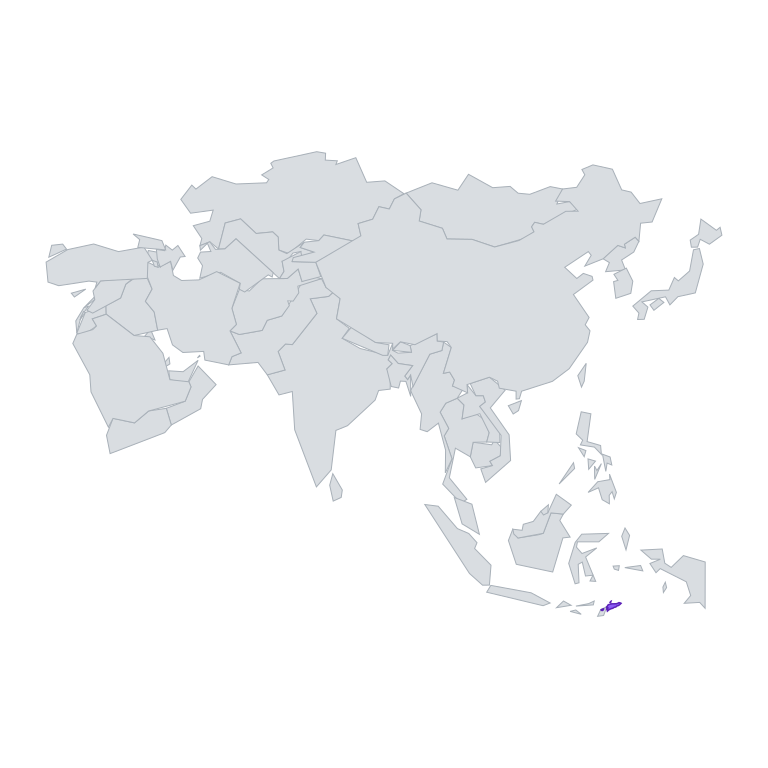 East Timor on a map of Asia (Natural Earth projection)
{"feature_id": "TLS", "entity_name": "East Timor", "entity_type": "country or territory", "adm_level": 0, "iso_a3": "TLS", "parent_name": "Asia", "parent_adm1": "", "projection": "natural_earth1", "projection_center": [125.525, -8.826], "detail": "fine", "context": "in_parent", "style": "filled", "palette": "violet", "viewbox_px": 768, "rotation_deg": 0, "n_neighbors": 45, "source": "natural_earth", "source_scale": "50m", "svg_char_len": 13795}
<svg xmlns="http://www.w3.org/2000/svg" viewBox="0 0 768 768"><path d="M403.9,193.7L394.4,198.9L389.3,209.0L378.9,206.7L372.7,219.2L358.1,223.6L360.9,235.8L356.5,241.7L323.9,235.0L318.8,240.6L306.2,239.1L288.9,253.5L278.8,250.0L278.2,237.1L272.7,231.9L256.2,233.5L240.6,218.9L225.2,223.0L218.5,249.0L209.8,241.8L199.9,245.7L201.8,238.5L193.3,225.7L209.8,221.2L213.2,210.1L190.6,213.2L180.8,199.4L191.8,185.1L195.9,189.1L212.1,176.7L236.0,184.0L266.5,182.8L268.8,179.5L261.7,174.9L273.1,167.9L270.8,163.3L273.9,161.0L316.7,151.7L325.6,153.2L325.3,160.1L337.3,160.8L335.9,164.5L355.8,157.7L366.7,182.3L384.9,180.9L403.9,193.7Z" fill="#d9dde1" stroke="#a8b0b8" stroke-width="1"/><path d="M218.5,249.0L225.2,223.0L240.6,218.9L256.2,233.5L272.7,231.9L278.2,237.1L278.8,250.0L286.8,253.6L304.3,242.2L300.2,247.5L314.1,252.1L305.9,257.3L299.4,256.7L300.8,251.5L292.9,253.1L286.7,261.6L282.1,261.3L284.0,271.4L279.5,278.6L236.0,238.8L224.9,248.9L218.5,249.0Z" fill="#d9dde1" stroke="#a8b0b8" stroke-width="1"/><path d="M705.2,562.0L705.1,608.3L699.7,602.4L684.2,603.3L690.7,595.5L686.3,581.8L660.2,568.6L656.0,572.7L649.9,563.5L660.4,559.2L651.4,559.2L640.9,550.1L662.2,549.0L664.8,563.2L671.2,567.4L683.4,555.6L705.2,562.0ZM606.8,606.7L603.6,615.5L597.6,616.3L600.8,609.5L606.8,606.7ZM663.4,592.5L662.9,587.1L665.3,582.2L666.6,587.6L663.4,592.5ZM563.3,514.1L559.8,520.5L570.1,537.1L562.9,537.9L552.7,572.0L516.3,564.3L508.4,540.5L512.8,529.2L518.0,538.0L538.3,534.8L543.3,533.3L551.0,512.9L563.3,514.1ZM624.8,567.6L640.6,565.5L642.8,570.9L624.8,567.6ZM618.5,570.4L614.3,569.1L613.1,566.1L619.3,565.7L618.5,570.4ZM625.0,528.0L629.6,535.4L626.0,549.9L621.7,536.3L625.0,528.0ZM581.7,534.2L608.5,533.4L598.9,541.8L577.4,541.8L576.5,547.2L582.0,553.5L596.8,547.9L585.6,557.0L595.7,581.4L590.0,581.0L593.0,575.2L585.5,576.0L582.3,562.1L578.2,564.3L579.0,582.8L575.1,583.8L568.7,563.4L575.2,542.4L581.7,534.2ZM581.2,614.3L570.1,611.4L575.8,610.0L581.2,614.3ZM575.9,606.1L588.7,603.6L594.2,601.0L593.3,604.9L575.9,606.1ZM563.5,601.0L571.1,605.3L556.5,607.7L563.5,601.0ZM490.8,585.4L531.1,592.8L550.1,603.0L543.1,605.7L486.7,592.2L490.8,585.4ZM474.6,548.5L491.0,565.2L489.4,585.1L482.6,585.2L469.5,573.5L424.8,504.5L438.2,506.2L457.4,528.6L468.8,533.5L477.0,542.7L474.6,548.5Z" fill="#d9dde1" stroke="#a8b0b8" stroke-width="1"/><path d="M88.5,306.2L81.1,316.3L76.8,333.2L75.8,320.9L83.9,307.6L88.5,306.2Z" fill="#d9dde1" stroke="#a8b0b8" stroke-width="1"/><path d="M94.8,299.6L84.1,307.5L94.6,296.8L94.8,299.6Z" fill="#d9dde1" stroke="#a8b0b8" stroke-width="1"/><path d="M85.3,312.5L79.9,320.0L83.5,311.5L85.3,312.5Z" fill="#d9dde1" stroke="#a8b0b8" stroke-width="1"/><path d="M85.3,312.5L106.0,305.5L106.2,314.2L92.3,318.9L96.5,326.0L83.1,335.4L76.8,333.2L85.3,312.5Z" fill="#d9dde1" stroke="#a8b0b8" stroke-width="1"/><path d="M168.7,370.8L183.1,371.7L198.1,360.3L187.5,383.3L169.9,379.7L168.7,370.8Z" fill="#d9dde1" stroke="#a8b0b8" stroke-width="1"/><path d="M164.6,367.2L165.0,362.0L169.0,357.4L169.9,363.9L164.6,367.2Z" fill="#d9dde1" stroke="#a8b0b8" stroke-width="1"/><path d="M150.5,329.2L155.0,340.0L144.8,336.1L150.5,329.2Z" fill="#d9dde1" stroke="#a8b0b8" stroke-width="1"/><path d="M106.2,314.2L106.0,305.5L120.6,298.0L125.8,284.2L136.3,276.9L147.3,278.4L152.1,289.1L145.4,301.3L154.2,312.0L157.7,330.2L134.0,335.5L106.2,314.2Z" fill="#d9dde1" stroke="#a8b0b8" stroke-width="1"/><path d="M188.9,381.8L198.1,366.0L216.1,384.6L202.5,399.4L200.7,408.7L171.3,425.0L166.3,408.3L185.2,401.2L191.0,386.9L188.9,381.8ZM200.1,356.1L197.4,357.9L199.5,355.4L200.1,356.1Z" fill="#d9dde1" stroke="#a8b0b8" stroke-width="1"/><path d="M470.3,456.8L473.1,442.3L491.7,444.8L494.5,439.9L501.2,447.2L500.3,455.8L489.9,461.3L492.5,465.6L475.7,467.9L470.3,456.8Z" fill="#d9dde1" stroke="#a8b0b8" stroke-width="1"/><path d="M486.7,442.0L473.1,442.3L470.3,456.8L455.4,448.2L449.3,477.8L466.9,499.3L460.8,503.0L442.7,484.1L452.0,458.9L444.2,435.9L448.7,428.4L440.1,412.2L445.8,403.2L457.2,398.2L464.0,405.0L462.1,418.9L475.3,413.2L484.2,419.5L489.2,432.7L486.7,442.0Z" fill="#d9dde1" stroke="#a8b0b8" stroke-width="1"/><path d="M499.9,442.5L486.7,442.0L489.2,432.7L479.8,413.7L462.1,418.9L464.0,405.0L457.2,398.2L467.6,392.8L467.0,384.6L475.9,395.7L483.3,395.7L485.4,402.0L479.7,406.4L499.7,430.3L499.9,442.5Z" fill="#d9dde1" stroke="#a8b0b8" stroke-width="1"/><path d="M457.2,398.2L445.8,403.2L440.1,412.2L448.7,428.4L444.2,435.9L452.0,458.9L445.3,472.9L445.6,450.2L438.4,423.1L427.2,431.7L420.1,429.4L421.6,413.9L410.6,390.6L429.8,354.2L441.9,350.5L443.6,342.1L451.3,347.5L443.4,373.3L449.7,372.1L454.5,380.1L452.5,386.0L463.9,387.9L457.2,398.2Z" fill="#d9dde1" stroke="#a8b0b8" stroke-width="1"/><path d="M480.8,468.9L492.5,465.6L489.9,461.3L500.3,455.8L501.1,435.4L479.7,406.4L485.4,402.0L483.3,395.7L475.9,395.7L470.2,383.5L489.4,377.2L505.2,390.1L490.3,407.9L509.1,434.8L510.6,460.5L485.6,482.4L480.8,468.9Z" fill="#d9dde1" stroke="#a8b0b8" stroke-width="1"/><path d="M638.9,241.3L633.8,252.0L621.6,260.0L625.5,269.9L605.6,271.7L609.4,262.6L603.1,258.8L607.7,254.2L617.8,245.4L625.3,247.9L624.4,244.2L635.2,237.2L638.9,241.3Z" fill="#d9dde1" stroke="#a8b0b8" stroke-width="1"/><path d="M613.9,274.3L626.3,268.1L632.8,281.2L630.8,293.3L615.8,298.3L613.6,281.6L617.9,280.4L613.9,274.3Z" fill="#d9dde1" stroke="#a8b0b8" stroke-width="1"/><path d="M406.1,193.1L432.0,182.8L457.9,190.2L468.5,174.3L492.7,187.7L510.1,186.4L518.1,193.2L529.8,194.3L550.2,186.6L562.6,189.0L556.9,204.0L569.6,201.6L578.7,208.7L543.4,224.3L534.7,222.3L531.6,226.8L534.0,231.8L525.7,238.0L494.6,247.0L472.1,239.4L447.0,239.0L442.4,228.3L419.2,221.0L421.0,209.8L406.1,193.1Z" fill="#d9dde1" stroke="#a8b0b8" stroke-width="1"/><path d="M443.6,342.1L441.9,350.5L429.8,354.2L413.1,386.6L410.6,375.2L407.7,379.8L404.7,376.1L412.6,365.6L398.2,363.5L390.7,355.1L388.2,359.9L392.2,363.7L386.8,369.0L390.3,370.9L390.2,389.1L378.6,390.5L375.1,400.1L347.5,425.7L335.9,430.4L331.2,469.9L316.4,486.9L294.7,429.8L292.3,391.5L279.0,394.9L267.3,374.8L285.0,370.0L278.1,351.5L285.5,344.0L292.3,344.6L316.9,313.4L310.2,298.8L328.6,296.4L335.1,290.4L340.1,298.7L336.5,318.8L349.3,328.3L342.2,338.3L360.1,348.5L387.7,355.3L392.7,343.3L392.7,350.4L397.9,353.1L411.5,352.3L410.1,345.6L437.1,333.6L437.3,341.0L443.6,342.1Z" fill="#d9dde1" stroke="#a8b0b8" stroke-width="1"/><path d="M410.6,375.2L410.7,396.4L405.9,381.4L400.4,381.1L398.6,388.0L391.2,386.5L386.8,369.0L392.2,363.7L388.2,359.9L390.7,355.1L398.2,363.5L412.6,365.6L404.7,376.1L407.7,379.8L410.6,375.2Z" fill="#d9dde1" stroke="#a8b0b8" stroke-width="1"/><path d="M410.1,345.6L411.5,352.3L392.7,350.4L400.4,341.8L410.1,345.6Z" fill="#d9dde1" stroke="#a8b0b8" stroke-width="1"/><path d="M389.0,344.8L387.7,355.3L382.8,355.4L342.2,338.3L351.9,326.6L375.6,342.5L389.0,344.8Z" fill="#d9dde1" stroke="#a8b0b8" stroke-width="1"/><path d="M335.1,290.4L328.6,296.4L310.2,298.8L316.9,313.4L292.3,344.6L285.5,344.0L278.1,351.5L285.0,370.0L267.3,374.8L258.0,362.4L228.7,364.9L232.0,356.6L241.1,352.9L230.0,330.9L239.3,334.5L262.2,330.4L267.2,320.3L281.8,316.0L301.7,283.1L321.5,278.7L326.0,287.5L335.1,290.4Z" fill="#d9dde1" stroke="#a8b0b8" stroke-width="1"/><path d="M261.7,278.8L287.3,278.5L298.2,269.0L302.0,281.5L311.0,276.1L321.5,278.7L297.8,286.2L298.8,292.8L293.2,301.1L287.7,300.9L289.3,305.6L281.8,316.0L267.2,320.3L262.2,330.4L239.3,334.5L230.0,330.9L236.4,324.4L231.9,308.3L239.4,289.3L249.3,291.0L261.7,278.8Z" fill="#d9dde1" stroke="#a8b0b8" stroke-width="1"/><path d="M279.5,278.6L284.0,271.4L282.1,261.3L300.8,251.5L301.8,256.6L292.0,261.6L315.8,262.3L320.8,276.6L302.0,281.5L298.2,269.0L287.3,278.5L279.5,278.6Z" fill="#d9dde1" stroke="#a8b0b8" stroke-width="1"/><path d="M304.3,242.2L318.8,240.6L323.9,235.0L356.5,241.7L315.8,262.3L292.0,261.6L293.3,257.6L314.1,252.1L300.2,247.5L304.3,242.2Z" fill="#d9dde1" stroke="#a8b0b8" stroke-width="1"/><path d="M199.9,245.7L209.8,241.8L215.5,249.4L224.9,248.9L236.0,238.8L273.2,272.7L272.2,277.0L268.2,274.9L244.7,292.0L239.4,289.3L240.1,283.3L220.7,272.3L199.8,278.2L202.5,265.7L197.7,258.0L200.5,252.1L210.9,251.5L207.4,243.3L200.4,250.2L199.9,245.7Z" fill="#d9dde1" stroke="#a8b0b8" stroke-width="1"/><path d="M157.7,330.2L154.2,312.0L145.4,301.3L152.1,289.1L145.7,272.7L147.9,262.3L158.1,267.2L170.6,261.3L173.4,275.5L181.6,280.5L198.9,279.9L216.7,271.6L240.1,283.3L231.9,308.3L236.4,324.4L230.0,330.9L241.1,352.9L232.0,356.6L228.7,364.9L204.9,360.1L203.7,351.4L182.9,352.5L172.5,344.9L167.1,328.6L157.7,330.2Z" fill="#d9dde1" stroke="#a8b0b8" stroke-width="1"/><path d="M86.9,310.3L94.8,299.6L93.0,291.0L100.6,280.9L133.5,278.0L125.8,284.2L120.6,298.0L92.7,313.1L86.9,310.3Z" fill="#d9dde1" stroke="#a8b0b8" stroke-width="1"/><path d="M160.2,267.0L147.0,256.5L148.3,250.5L158.9,252.5L160.2,267.0Z" fill="#d9dde1" stroke="#a8b0b8" stroke-width="1"/><path d="M147.3,278.4L100.6,280.9L95.2,288.0L96.9,282.1L88.9,281.1L58.7,285.7L48.0,282.1L46.1,262.1L67.7,249.6L93.7,244.0L118.5,251.6L143.9,247.1L152.3,260.3L147.9,262.3L147.3,278.4ZM51.7,245.3L62.7,244.1L66.5,249.1L48.8,257.2L51.7,245.3Z" fill="#d9dde1" stroke="#a8b0b8" stroke-width="1"/><path d="M342.3,490.0L341.2,497.4L333.2,501.1L329.7,485.2L332.8,473.7L342.3,490.0Z" fill="#d9dde1" stroke="#a8b0b8" stroke-width="1"/><path d="M513.2,414.0L508.3,405.7L521.4,400.6L518.5,410.6L513.2,414.0ZM315.8,262.3L360.9,235.8L358.1,223.6L372.7,219.2L378.9,206.7L389.3,209.0L394.4,198.9L406.1,193.1L421.0,209.8L419.2,221.0L442.4,228.3L447.0,239.0L472.1,239.4L494.6,247.0L519.0,240.5L534.0,231.8L531.6,226.8L534.7,222.3L543.4,224.3L565.8,211.3L578.1,211.2L569.6,201.6L555.6,201.1L562.6,189.0L576.7,187.3L584.8,174.8L581.9,169.5L592.9,164.9L612.4,169.2L621.7,189.9L631.1,192.1L640.0,203.5L661.8,198.8L652.1,222.0L640.6,223.2L638.9,241.3L635.2,237.2L624.4,244.2L625.3,247.9L617.8,245.4L603.1,258.8L584.8,266.1L591.2,255.3L588.3,251.6L564.7,267.3L576.8,278.5L583.3,273.4L592.1,276.4L593.0,280.1L573.4,294.5L589.1,317.5L585.2,324.8L590.0,330.8L587.5,342.3L569.2,368.7L552.5,381.3L521.6,391.2L519.4,398.7L516.1,399.1L516.1,391.2L499.3,388.2L497.6,381.2L489.4,377.2L467.0,384.6L467.6,392.8L452.5,386.0L454.5,380.1L449.7,372.1L443.4,373.3L451.3,347.5L447.1,341.6L437.3,341.0L437.1,333.6L414.9,344.7L400.4,341.8L392.7,349.0L392.7,343.3L375.6,342.5L336.5,318.8L340.1,298.7L326.0,287.5L315.8,262.3Z" fill="#d9dde1" stroke="#a8b0b8" stroke-width="1"/><path d="M586.2,363.3L584.2,381.2L581.5,387.1L577.8,375.7L586.2,363.3Z" fill="#d9dde1" stroke="#a8b0b8" stroke-width="1"/><path d="M165.8,245.1L172.3,250.1L177.9,245.5L185.1,256.5L180.3,257.0L172.9,270.2L170.6,261.3L160.2,267.0L157.3,259.0L156.4,249.4L164.7,250.7L165.8,245.1ZM158.1,267.2L154.4,266.3L152.3,260.3L157.2,262.0L158.1,267.2Z" fill="#d9dde1" stroke="#a8b0b8" stroke-width="1"/><path d="M133.1,234.0L161.9,240.6L165.7,249.9L137.8,247.4L139.7,239.6L133.1,234.0Z" fill="#d9dde1" stroke="#a8b0b8" stroke-width="1"/><path d="M584.2,456.7L578.5,447.7L585.9,450.6L584.2,456.7ZM594.7,479.4L594.5,466.1L596.9,470.5L601.4,463.6L594.7,479.4ZM609.5,474.1L616.4,492.4L614.3,498.9L612.1,491.7L609.2,495.3L609.4,503.8L602.2,499.7L598.5,487.8L588.1,492.4L597.8,481.7L609.9,479.6L609.5,474.1ZM574.6,468.5L559.1,484.0L573.5,462.7L574.6,468.5ZM590.9,413.8L587.1,441.6L600.6,445.5L601.4,454.4L594.4,447.1L580.4,444.9L582.7,440.2L576.2,433.9L581.2,411.8L590.9,413.8ZM588.7,469.3L588.0,458.9L595.5,461.1L588.7,469.3ZM610.1,457.0L611.8,465.0L607.1,463.1L605.8,471.4L602.5,454.2L610.1,457.0Z" fill="#d9dde1" stroke="#a8b0b8" stroke-width="1"/><path d="M454.3,497.5L471.9,504.2L479.4,534.3L462.1,523.9L454.3,497.5ZM563.3,514.1L551.0,512.9L543.3,533.3L518.0,538.0L513.8,534.0L512.8,529.2L522.1,530.3L523.3,524.3L533.3,521.4L540.8,511.3L547.8,512.8L556.3,494.3L571.3,505.1L563.3,514.1Z" fill="#d9dde1" stroke="#a8b0b8" stroke-width="1"/><path d="M548.4,504.8L547.8,512.8L543.5,515.0L540.8,511.3L548.4,504.8Z" fill="#d9dde1" stroke="#a8b0b8" stroke-width="1"/><path d="M703.2,264.1L695.3,292.9L677.9,296.7L669.9,304.9L665.5,296.8L641.9,301.9L647.9,307.1L644.2,319.3L637.6,319.5L638.9,313.1L632.8,306.1L651.2,290.8L668.8,290.1L674.4,277.5L678.3,280.9L689.6,271.0L693.5,249.8L699.4,248.5L703.2,264.1ZM716.4,230.3L720.1,227.3L721.9,235.2L709.4,244.2L700.2,239.3L697.6,247.1L691.4,247.2L690.2,240.1L698.6,234.3L700.9,219.1L716.4,230.3ZM650.0,304.9L658.8,298.4L663.9,302.4L653.9,310.3L650.0,304.9Z" fill="#d9dde1" stroke="#a8b0b8" stroke-width="1"/><path d="M166.3,408.3L171.3,425.0L164.8,432.6L110.1,453.6L106.5,435.3L113.0,418.4L134.5,422.9L148.6,411.0L166.3,408.3Z" fill="#d9dde1" stroke="#a8b0b8" stroke-width="1"/><path d="M76.8,334.3L92.8,329.6L96.5,326.0L92.3,318.9L106.2,314.2L134.0,335.5L149.9,336.8L162.9,353.3L169.9,379.7L188.9,381.8L191.0,386.9L185.2,401.2L148.6,411.0L134.5,422.9L113.0,418.4L108.4,427.2L91.0,391.9L89.8,374.8L72.8,343.5L76.8,334.3Z" fill="#d9dde1" stroke="#a8b0b8" stroke-width="1"/><path d="M85.8,289.1L74.4,297.0L71.3,293.2L85.8,289.1Z" fill="#d9dde1" stroke="#a8b0b8" stroke-width="1"/><path d="M607.4,611.1L607.2,610.2L607.0,609.8L606.8,609.5L606.8,609.2L606.9,608.8L607.6,608.8L607.9,608.3L607.9,607.7L607.6,607.5L606.8,607.9L606.6,607.8L606.5,607.7L606.5,607.0L607.2,606.4L607.7,605.4L608.1,604.9L609.0,604.5L609.3,604.4L611.9,603.8L612.5,603.8L614.2,603.8L616.4,603.7L616.9,603.6L617.6,603.3L618.3,603.0L618.7,602.8L619.0,602.6L619.6,602.8L620.6,603.0L620.8,603.1L621.1,603.3L619.9,604.5L618.7,605.4L618.0,605.7L617.2,605.9L616.6,606.2L616.1,606.8L615.5,607.1L614.7,607.2L614.1,607.4L613.6,607.7L612.8,608.3L612.5,608.4L612.1,608.4L611.5,608.6L609.5,609.4L608.3,610.3L607.4,611.1ZM601.1,609.9L602.1,609.3L603.6,608.8L603.6,609.1L603.4,609.7L603.2,609.9L602.8,610.4L602.6,610.5L601.7,610.4L601.4,610.4L601.2,610.1L601.1,609.9ZM611.0,601.3L610.6,602.5L610.1,602.3L610.6,601.6L610.8,601.4L611.0,601.3Z" fill="#8b5cf6" stroke="#5b21b6" stroke-width="1.5"/></svg>